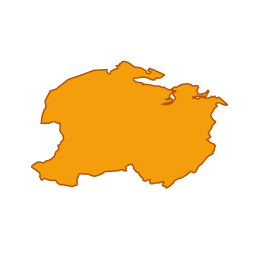 an SVG outline of Sofia, rotated 79°
{"feature_id": "MDG-5880", "entity_name": "Sofia", "entity_type": "Autonomous Province", "adm_level": 1, "iso_a3": "MDG", "parent_name": "Madagascar", "parent_adm1": "", "projection": "equal_earth", "projection_center": [48.484, -15.315], "detail": "fine", "context": "isolated", "style": "filled", "palette": "amber", "viewbox_px": 256, "rotation_deg": 79, "n_neighbors": 0, "source": "natural_earth", "source_scale": "10m", "svg_char_len": 5803}
<svg xmlns="http://www.w3.org/2000/svg" viewBox="0 0 256 256"><g transform="rotate(79 128 128)"><path d="M66.7,137.5L68.4,138.2L70.3,137.3L71.1,136.5L71.3,135.3L71.0,134.9L69.8,134.6L69.4,134.2L69.2,133.9L68.3,131.8L67.6,127.3L67.6,126.9L67.4,126.6L66.8,126.6L66.3,126.7L64.8,127.6L64.6,126.7L64.7,125.9L65.2,124.2L63.9,124.3L63.5,124.0L63.2,122.5L62.3,121.9L61.9,121.3L61.8,119.7L62.3,118.2L63.7,115.6L65.5,113.5L67.7,111.6L69.7,109.4L70.8,105.2L71.5,103.9L74.1,100.7L75.2,99.8L76.4,99.3L77.6,99.1L78.3,98.4L78.5,96.7L78.1,95.3L77.3,95.1L76.7,95.7L76.4,96.8L75.8,97.2L75.0,97.3L74.5,96.9L73.7,95.3L74.0,95.3L75.6,92.0L82.1,83.0L82.8,82.2L83.2,82.5L83.7,84.2L84.8,85.8L84.9,86.5L84.6,90.8L84.8,91.9L85.7,92.6L85.9,93.4L85.2,95.3L82.2,99.9L81.4,101.5L80.9,103.6L80.4,112.2L80.5,113.1L81.3,113.6L81.9,113.5L83.6,112.2L84.1,111.7L85.1,109.8L85.6,107.8L86.2,106.0L87.7,104.4L88.3,105.0L88.5,104.4L88.4,102.5L88.7,101.4L92.5,92.0L92.7,90.0L93.0,89.1L94.7,86.8L94.8,86.2L94.8,85.0L95.0,84.4L96.6,83.2L97.8,81.4L98.2,80.4L98.4,79.4L98.8,78.3L100.3,77.0L100.5,75.5L102.8,79.6L103.8,80.8L106.1,81.7L106.7,82.3L107.0,83.1L106.9,84.8L107.0,85.6L107.8,84.5L107.8,83.0L107.4,81.5L106.7,80.8L108.1,79.3L109.5,79.5L110.6,81.0L111.0,83.2L110.9,88.0L111.2,89.3L112.1,87.6L112.4,85.5L112.3,82.6L111.9,80.0L110.8,78.9L110.1,78.6L108.3,76.2L107.3,75.6L106.5,75.7L104.9,77.0L104.2,77.4L103.5,77.5L102.8,77.3L102.0,76.5L101.3,74.5L100.9,74.1L99.4,76.8L98.8,77.6L98.2,78.0L97.9,77.4L96.6,74.1L97.2,73.1L97.3,72.6L97.2,71.9L96.8,71.2L95.9,68.8L95.9,68.3L96.2,67.9L95.5,67.1L95.6,64.1L95.9,61.7L96.6,59.5L97.7,57.7L98.9,56.7L99.3,56.1L99.4,55.0L99.5,52.9L99.7,52.1L100.2,51.4L101.4,50.9L103.9,53.2L105.6,53.0L106.3,52.8L107.3,53.0L107.7,52.8L108.2,52.0L108.5,50.9L108.8,48.7L108.6,47.1L108.1,45.1L107.3,43.5L106.3,42.7L107.0,41.7L108.1,42.1L110.2,44.2L111.5,45.0L111.9,45.5L111.9,46.5L111.2,47.8L111.0,48.7L110.8,50.5L110.0,54.1L109.9,56.0L109.9,57.7L110.3,58.6L111.0,58.6L111.3,58.0L111.3,55.7L112.9,54.1L112.9,53.5L112.1,52.1L111.8,51.2L111.7,50.4L112.1,48.9L113.5,46.3L113.8,44.8L113.8,43.2L113.7,41.6L113.2,40.3L112.8,40.1L113.8,39.0L113.9,38.7L113.8,38.4L113.3,37.3L113.3,36.9L113.4,36.7L114.8,36.1L115.3,35.5L115.5,35.0L115.5,34.6L115.2,33.2L115.3,32.5L117.6,31.1L119.3,29.4L121.3,28.2L123.1,26.6L123.8,26.1L124.1,26.1L124.3,26.3L124.5,26.9L124.3,27.7L122.3,31.4L121.0,32.7L120.9,32.9L120.5,34.9L120.7,36.6L121.2,37.2L121.8,37.3L122.4,37.0L122.9,36.3L123.2,36.2L123.5,36.3L124.1,37.3L125.5,39.6L127.8,41.4L129.6,43.3L130.9,44.1L132.0,44.4L133.1,43.9L134.4,43.7L135.2,43.3L136.7,42.4L138.0,41.1L138.5,40.8L139.0,41.1L139.6,41.7L141.5,44.6L141.9,44.9L144.1,46.0L147.9,49.8L148.2,49.9L148.8,49.9L149.9,49.4L151.2,49.2L152.1,48.5L152.4,48.6L152.8,48.9L153.9,51.2L154.0,51.6L154.2,52.4L154.5,52.9L154.8,52.9L155.7,51.6L157.1,50.5L158.4,49.7L160.2,46.7L162.0,45.7L162.7,46.0L163.6,46.7L165.0,47.0L165.6,47.3L168.4,49.4L169.2,49.4L169.5,49.7L169.9,50.9L170.5,53.7L171.6,55.3L172.1,56.6L173.6,57.9L175.4,60.4L177.1,62.0L178.0,64.1L179.0,65.7L180.1,67.0L181.4,67.7L182.2,68.6L183.2,69.2L184.2,70.4L184.3,70.7L184.4,71.1L184.5,71.8L184.4,72.2L184.2,72.5L183.5,73.2L183.0,73.9L182.6,74.9L182.6,75.3L182.8,75.6L183.7,76.7L185.4,79.9L187.3,85.5L187.4,86.2L187.2,87.6L188.5,91.9L189.2,93.0L190.7,94.2L193.3,98.6L193.6,99.5L194.2,101.9L193.8,101.9L192.8,102.4L191.7,104.4L191.3,104.8L191.0,105.0L189.8,104.7L188.2,103.3L188.0,103.2L187.7,103.3L187.5,103.7L187.4,105.0L187.4,105.5L187.7,107.0L187.8,107.9L187.7,108.8L187.1,111.3L187.1,112.0L187.4,113.2L187.4,114.1L187.3,115.4L187.0,116.2L186.5,116.6L185.8,116.9L184.5,116.7L183.4,116.2L183.1,116.2L182.9,116.4L182.7,116.8L182.7,118.3L183.3,119.5L183.4,120.8L183.3,121.2L183.0,122.3L182.3,123.1L182.0,123.2L180.8,122.8L180.2,122.8L180.0,123.0L179.3,123.9L178.4,124.4L177.0,125.6L176.1,125.8L175.1,125.7L174.3,126.1L173.6,126.7L172.6,128.2L170.9,129.0L169.4,130.0L168.9,130.1L167.6,130.0L165.4,130.5L164.8,130.7L164.3,131.5L164.2,133.0L164.6,134.5L164.8,136.1L165.3,137.0L165.7,137.4L166.3,137.6L167.8,137.4L168.7,138.1L169.7,137.9L169.8,138.4L169.5,139.5L168.9,140.4L168.0,141.4L167.7,142.3L167.6,143.2L168.0,144.8L168.0,145.7L167.1,154.3L166.4,158.2L166.5,159.4L167.6,161.4L168.0,162.8L168.4,164.3L169.0,168.3L169.0,169.6L168.9,170.2L168.2,172.0L167.4,173.3L166.2,175.1L165.5,176.6L165.0,178.7L164.5,181.3L163.7,183.5L163.7,184.1L163.8,184.5L164.2,185.0L169.0,187.9L170.6,188.3L172.7,188.4L173.9,188.9L174.2,189.3L174.4,189.7L174.4,191.7L174.7,192.7L174.9,193.4L174.5,194.9L171.4,202.2L171.1,203.0L171.1,203.8L170.9,204.7L170.1,206.2L169.0,207.3L167.0,208.6L165.7,209.0L165.5,209.4L165.2,210.3L165.2,211.8L164.8,213.2L164.2,214.7L163.4,216.9L162.2,218.4L161.9,218.8L161.7,219.5L161.8,220.4L162.7,222.1L162.7,222.5L162.5,222.8L161.6,223.3L159.1,223.9L157.1,223.2L154.9,223.5L150.2,227.7L148.9,229.3L147.9,229.9L147.3,229.8L146.8,229.4L145.2,226.1L144.5,224.1L144.4,223.3L144.4,222.0L144.8,220.5L145.7,218.7L145.9,218.0L146.0,217.2L145.8,216.5L145.0,215.5L144.8,214.9L144.7,212.0L144.6,211.6L144.1,210.4L143.9,209.1L143.0,208.2L142.6,206.9L142.2,206.4L141.4,205.6L140.3,204.9L138.7,204.1L137.8,203.4L136.3,200.9L135.3,199.8L134.8,199.7L133.6,200.0L132.6,200.0L132.1,200.2L131.8,200.1L131.6,199.6L131.5,198.2L131.2,197.6L130.0,197.2L129.5,196.9L128.3,195.6L127.5,194.3L126.9,193.6L126.4,193.2L125.2,193.4L124.0,193.2L121.5,193.7L120.2,194.5L119.3,194.7L118.2,195.3L117.9,195.3L116.5,195.2L115.3,194.5L114.0,194.5L112.6,193.9L112.0,194.0L111.2,194.5L110.3,194.0L110.1,194.1L109.9,194.5L109.9,195.8L109.7,196.3L108.3,198.0L107.6,199.5L107.6,200.6L108.0,203.1L108.1,204.6L107.6,208.8L107.2,210.3L106.9,212.4L99.0,209.6L94.4,207.0L91.8,204.4L85.9,204.4L76.8,197.3L76.1,191.2L72.8,185.0L68.9,177.1L66.9,162.2L64.9,150.7L66.7,137.5Z" fill="#f59e0b" stroke="#b45309" stroke-width="1.5"/></g></svg>